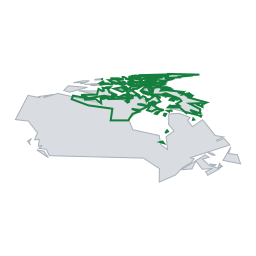 where Nunavut sits in Canada
{"feature_id": "CAN-634", "entity_name": "Nunavut", "entity_type": "Territory", "adm_level": 1, "iso_a3": "CAN", "parent_name": "Canada", "parent_adm1": "", "projection": "equal_earth", "projection_center": [-85.605, 67.518], "detail": "fine", "context": "in_parent", "style": "outline", "palette": "green", "viewbox_px": 256, "rotation_deg": 0, "n_neighbors": 0, "source": "natural_earth", "source_scale": "10m", "svg_char_len": 9246}
<svg xmlns="http://www.w3.org/2000/svg" viewBox="0 0 256 256"><path d="M37.5,132.9L28.3,121.0L15.4,119.6L28.0,95.4L39.6,97.6L38.6,96.6L53.9,94.4L46.0,96.3L43.9,97.2L44.3,97.5L57.8,93.4L101.2,103.1L100.3,99.6L105.7,97.8L99.9,97.8L104.9,97.1L124.0,100.1L121.6,98.3L124.4,98.0L127.6,98.6L126.2,101.5L127.6,102.6L133.3,97.8L126.8,94.2L131.4,90.4L146.9,101.2L152.6,97.4L151.1,95.0L160.7,97.5L157.8,98.2L160.3,101.4L156.0,103.2L153.3,101.7L152.6,101.5L152.0,101.8L154.9,103.6L137.5,104.2L147.6,106.1L145.0,108.8L131.9,108.9L138.8,111.1L128.6,119.0L132.7,129.7L159.2,135.5L160.9,144.7L167.6,149.6L166.1,136.8L174.0,131.0L168.6,124.4L168.8,113.9L179.4,113.4L190.1,117.5L187.6,120.4L192.4,126.7L202.6,119.7L215.2,135.5L223.8,137.0L216.6,140.0L217.0,141.3L224.0,138.4L229.9,144.9L190.6,157.6L194.1,158.8L190.4,163.4L187.9,164.3L182.3,167.9L175.7,174.9L159.2,182.1L159.4,168.6L143.4,158.1L49.4,155.7L46.2,149.3L38.8,148.3L42.3,145.3L38.4,146.2L39.3,139.4L34.5,139.8L37.5,132.9ZM148.8,92.4L152.6,92.4L151.2,88.2L159.4,87.0L161.1,90.6L181.3,91.4L179.3,92.8L193.1,96.3L187.4,97.2L206.6,102.5L202.2,106.8L197.6,104.7L199.6,103.3L189.7,103.6L201.0,110.1L199.9,113.0L190.4,110.1L197.4,115.1L168.3,107.7L178.9,105.4L176.7,103.7L181.4,101.0L177.3,97.6L165.3,93.3L145.9,94.1L141.3,90.5L152.2,86.9L148.6,88.8L152.2,91.7L148.8,92.4ZM138.8,75.3L199.2,74.6L165.1,78.3L173.6,78.8L158.2,80.9L166.6,81.6L160.9,82.7L142.7,82.1L148.4,81.0L146.0,80.1L153.2,80.8L155.0,80.6L157.1,79.8L148.5,78.7L155.7,78.7L158.7,78.5L149.1,76.8L161.3,77.6L156.2,76.7L168.4,76.1L164.7,76.0L168.3,75.5L138.8,75.3ZM78.5,90.8L102.6,91.1L102.5,88.1L106.3,88.0L117.0,95.0L89.3,98.1L81.1,94.5L93.6,93.9L78.5,90.8ZM202.4,169.2L195.8,161.0L192.0,168.9L181.3,169.8L205.2,154.8L209.0,157.2L202.5,159.1L209.2,165.4L219.4,168.8L207.7,175.3L205.6,171.6L212.8,168.5L202.4,169.2ZM68.3,85.8L87.4,87.4L69.5,92.2L63.8,90.4L68.3,85.8ZM128.5,77.0L146.8,76.7L152.1,78.0L139.1,79.5L133.6,78.5L139.4,77.9L128.5,77.0ZM127.6,81.7L144.0,83.9L164.0,84.8L138.5,85.3L127.6,81.7ZM83.9,84.2L109.4,83.4L94.1,85.7L90.3,85.2L97.6,84.3L83.9,84.2ZM230.9,147.0L228.5,153.6L237.3,154.6L240.6,163.8L223.0,160.4L230.9,147.0ZM114.2,88.8L126.5,86.9L123.4,88.4L127.0,90.7L114.2,88.8ZM147.2,110.4L153.5,105.5L163.5,109.8L147.2,110.4ZM129.6,87.0L140.8,86.7L130.2,90.3L129.6,87.0ZM89.4,80.8L85.3,82.5L73.4,82.7L82.1,80.9L89.4,80.8ZM125.9,82.2L124.9,84.6L115.0,83.6L118.9,83.3L117.4,82.2L125.9,82.2ZM110.5,78.3L121.6,78.8L123.5,79.8L110.5,78.3ZM36.7,149.9L44.0,151.2L48.4,157.6L36.7,149.9ZM161.0,87.1L168.8,87.4L171.3,88.6L161.0,87.1ZM119.7,96.8L127.1,96.1L129.3,97.3L119.7,96.8ZM131.6,83.6L132.1,85.3L127.8,84.6L131.6,83.6ZM127.0,78.7L131.9,79.7L125.1,78.8L127.0,78.7ZM170.9,98.7L174.5,100.5L169.9,100.4L170.9,98.7ZM96.4,79.8L101.9,79.7L94.3,80.1L96.4,79.8ZM110.5,87.3L107.0,87.8L105.4,87.4L110.5,87.3ZM220.0,162.7L220.0,167.1L220.9,165.1L222.4,166.4L220.2,167.7L218.0,167.3L220.0,162.7ZM99.6,78.8L102.5,79.3L94.5,79.3L99.6,78.8ZM215.3,155.4L211.9,154.9L207.7,152.6L212.2,153.2L215.3,155.4ZM159.5,112.1L157.1,114.1L155.0,113.6L156.2,112.2L159.5,112.1ZM27.7,141.2L31.4,138.5L29.6,141.3L27.7,141.2ZM129.0,80.4L134.6,80.2L135.5,80.3L129.0,80.4ZM115.4,82.4L114.0,83.3L111.8,82.8L115.4,82.4ZM209.4,163.8L211.4,164.2L216.1,164.7L214.1,166.3L209.4,163.8ZM164.3,113.8L165.2,115.7L163.8,115.2L164.3,113.8ZM84.6,82.8L81.5,83.7L80.4,83.6L84.6,82.8ZM141.5,80.4L139.8,80.8L139.5,80.5L141.5,80.4ZM110.6,80.3L110.6,81.0L109.0,80.2L110.6,80.3ZM28.1,141.7L29.3,142.6L30.5,145.0L28.1,141.7Z" fill="#d9dde1" stroke="#a8b0b8" stroke-width="1"/><path d="M108.3,99.1L127.7,98.5L126.3,100.5L128.7,101.6L126.2,101.5L127.5,102.6L127.9,102.4L127.0,101.8L129.0,101.7L128.6,99.1L133.5,97.7L130.7,97.4L133.5,95.8L126.7,94.1L128.5,93.4L127.1,91.9L131.6,90.4L137.9,94.3L134.7,95.3L140.4,95.8L137.9,96.1L140.0,98.4L142.9,96.2L145.5,97.3L146.6,101.3L153.3,96.8L151.0,94.9L160.7,97.4L157.6,98.2L160.3,101.6L156.1,103.2L154.8,101.9L154.3,102.3L153.7,101.7L152.5,101.5L151.8,101.8L153.2,101.8L152.9,101.9L154.3,102.4L155.3,103.6L155.1,103.7L148.2,102.8L150.3,103.7L146.8,105.8L141.5,104.2L137.3,104.2L147.8,106.3L140.0,110.3L131.7,108.8L139.0,111.8L132.6,113.7L128.3,120.4L110.7,120.4L112.4,108.7L88.5,105.4L71.7,99.2L73.0,95.6L87.3,98.3L84.1,99.7L95.7,99.2L101.2,103.2L100.7,99.0L103.9,98.8L106.0,97.7L99.9,97.8L104.9,97.0L108.3,99.1ZM176.6,103.7L181.4,100.9L179.3,98.6L175.0,96.7L171.0,97.6L173.2,96.3L165.8,93.2L164.2,93.7L166.0,94.9L150.5,94.6L143.7,93.4L142.3,92.3L147.9,92.5L141.1,90.5L144.3,87.5L152.0,86.8L148.5,88.9L149.2,90.4L152.6,91.8L151.8,91.8L148.2,92.5L152.7,92.6L153.0,91.1L151.7,91.0L151.0,90.6L150.0,90.4L149.9,90.3L154.0,90.3L150.7,88.6L154.5,88.8L151.2,88.1L159.6,87.0L162.4,88.9L160.9,90.6L173.3,89.4L170.8,90.6L182.5,91.9L181.8,92.3L180.6,92.3L179.0,92.8L179.5,93.3L183.7,92.3L182.0,94.6L188.8,93.3L188.7,93.8L185.8,94.3L184.4,95.0L190.1,94.0L191.9,95.2L185.5,95.7L192.8,96.1L187.2,97.2L206.7,102.5L201.9,104.3L202.4,106.9L197.4,104.7L199.8,103.2L189.5,103.6L200.2,109.2L199.8,113.2L190.1,109.9L198.0,115.1L184.7,111.8L179.7,107.5L168.0,107.4L170.0,105.4L175.0,107.3L173.3,105.8L179.1,105.5L176.6,103.7ZM199.4,74.6L183.3,75.2L188.7,75.4L181.6,75.8L193.0,75.4L177.4,76.9L181.3,77.1L180.0,77.4L166.2,77.9L173.4,78.1L173.5,78.3L164.5,78.3L173.2,79.0L165.1,80.8L158.4,80.3L167.2,81.6L160.3,82.7L142.5,82.0L148.9,81.1L145.6,80.0L153.3,80.9L155.3,80.8L157.6,79.7L152.6,80.5L150.8,79.9L154.1,79.6L152.9,79.0L151.1,79.7L147.0,79.6L148.2,78.8L157.5,79.0L155.7,78.6L158.7,78.6L159.3,78.4L157.1,78.6L152.6,78.4L153.2,78.2L154.2,78.4L155.3,78.4L155.5,78.3L149.1,76.8L161.0,77.7L162.7,77.5L155.7,76.7L166.0,76.4L162.2,76.4L169.1,76.1L164.2,76.1L168.5,75.5L151.9,76.5L148.6,76.4L157.4,75.8L146.7,76.4L143.2,76.0L148.7,75.9L152.6,75.6L138.3,75.2L171.1,74.3L167.1,74.0L167.6,73.9L199.4,74.6ZM98.5,88.9L102.6,91.2L104.0,90.6L102.7,87.8L107.6,88.3L109.4,92.3L117.1,95.1L111.2,95.3L114.9,96.5L112.0,97.3L104.3,95.7L88.8,98.1L81.1,94.9L97.0,94.6L98.5,88.9ZM141.3,78.1L128.4,77.0L133.3,77.1L128.7,76.7L134.5,76.5L131.1,76.1L135.7,75.5L152.3,78.1L137.8,79.5L133.3,78.4L141.3,78.1ZM163.6,84.7L159.0,85.6L138.5,85.3L135.5,82.4L130.6,82.5L127.4,81.7L139.9,81.9L138.6,82.1L143.5,82.5L138.4,82.5L141.4,82.8L139.4,82.9L139.4,83.2L144.0,83.9L160.3,83.3L163.6,84.7ZM127.8,89.4L122.3,91.9L114.1,88.7L125.1,86.6L126.8,87.0L125.3,87.3L123.4,88.6L127.8,89.4ZM163.7,109.9L161.5,110.7L156.8,108.8L151.7,111.6L147.1,110.2L151.2,104.3L159.4,109.3L163.7,109.9ZM141.0,86.6L137.0,88.9L132.2,88.8L134.0,89.4L132.6,90.4L129.2,88.4L131.6,86.3L141.0,86.6ZM126.2,83.7L121.4,84.7L119.1,84.0L123.2,83.4L115.3,83.8L114.8,83.6L124.3,81.8L126.2,83.7ZM100.1,83.1L103.1,81.5L104.2,83.3L109.6,83.5L99.6,84.9L102.5,83.5L100.1,83.1ZM110.4,78.3L118.4,78.3L123.7,79.7L112.5,79.4L111.4,79.1L114.9,78.8L110.4,78.3ZM160.9,87.2L166.9,87.1L171.4,88.6L163.9,88.8L160.9,87.2ZM129.4,97.2L126.4,98.1L119.7,96.8L123.6,94.8L129.4,97.2ZM134.5,84.8L131.7,85.3L127.8,84.7L131.5,83.5L134.5,84.8ZM131.6,79.9L125.0,78.7L132.1,79.3L131.6,79.9ZM174.7,98.8L173.7,100.9L169.7,99.9L171.0,98.6L174.7,98.8ZM110.3,87.2L108.7,88.7L107.1,87.8L105.2,87.4L110.3,87.2ZM159.0,112.0L157.0,114.2L154.9,113.6L156.1,112.3L159.0,112.0ZM130.6,80.1L134.1,80.7L128.9,80.4L130.6,80.1ZM166.1,114.0L165.0,115.9L163.8,115.1L164.5,113.7L166.1,114.0ZM142.6,80.8L141.0,81.0L139.4,80.4L141.3,80.4L142.6,80.8ZM112.2,81.0L110.5,81.1L109.0,80.2L110.2,80.2L112.2,81.0ZM121.7,77.1L123.8,77.0L124.6,77.4L124.2,77.5L121.7,77.1ZM162.5,141.5L163.8,143.2L160.2,142.1L162.5,141.5ZM115.8,82.7L111.7,82.7L115.4,82.4L115.8,82.7ZM113.1,84.3L111.8,84.6L110.4,84.4L111.6,83.9L113.1,84.3ZM112.0,82.4L111.4,82.0L114.8,82.2L112.0,82.4ZM178.6,99.6L176.3,99.7L175.4,99.1L176.3,98.8L178.6,99.6ZM168.0,131.5L165.2,132.9L167.1,130.4L168.0,131.5ZM124.3,86.7L121.5,86.6L125.4,86.3L124.3,86.7ZM169.3,110.7L169.1,111.7L167.6,110.8L169.3,110.7ZM167.4,96.2L164.7,97.0L166.3,96.1L167.4,96.2ZM147.8,99.0L149.2,99.4L148.5,99.8L147.8,99.0ZM116.4,80.2L117.9,80.0L119.5,80.2L117.7,80.3L116.4,80.2ZM164.8,95.3L163.4,95.7L161.5,95.3L164.8,95.3ZM141.9,81.6L141.9,82.2L140.6,81.7L141.9,81.6ZM101.2,79.3L102.3,79.0L102.8,79.2L101.2,79.3ZM156.4,104.8L153.6,103.7L154.6,103.9L156.4,104.8ZM201.3,115.7L200.9,116.6L199.5,115.8L201.3,115.7ZM169.5,95.9L170.3,96.6L169.2,96.3L169.5,95.9ZM115.5,83.3L113.8,83.3L116.8,83.0L115.5,83.3ZM152.1,104.7L152.6,104.2L153.3,105.0L152.1,104.7ZM187.0,112.6L186.5,113.2L185.2,112.3L187.0,112.6ZM193.3,118.7L194.1,119.6L193.0,119.8L193.3,118.7ZM170.2,110.2L172.4,110.7L171.4,110.9L170.2,110.2ZM174.6,97.6L174.8,98.4L173.8,97.8L174.6,97.6ZM116.2,82.9L113.2,83.1L112.7,83.0L116.2,82.9ZM129.4,83.7L127.0,83.8L128.4,83.5L129.4,83.7ZM180.2,92.6L182.1,92.4L180.7,92.8L180.2,92.6ZM164.5,82.7L164.9,83.2L163.1,83.1L164.5,82.7ZM128.8,96.1L128.3,95.4L129.2,95.7L128.8,96.1ZM126.5,88.5L127.0,88.0L127.4,88.3L126.5,88.5ZM166.5,95.4L167.9,95.4L165.9,95.8L166.5,95.4ZM120.5,81.8L117.6,82.0L120.7,81.7L120.5,81.8ZM118.0,96.9L117.3,97.4L117.3,96.9L118.0,96.9ZM132.3,82.9L132.8,83.3L131.5,83.0L132.3,82.9ZM148.3,94.7L147.0,94.4L149.0,94.6L148.3,94.7ZM114.2,97.3L114.5,97.9L113.4,97.6L114.2,97.3ZM108.1,97.8L108.1,98.3L107.2,97.9L108.1,97.8ZM200.7,113.2L201.3,113.7L200.3,113.4L200.7,113.2ZM127.5,96.1L126.2,95.5L127.6,95.8L127.5,96.1Z" fill="none" stroke="#15803d" stroke-width="2"/></svg>